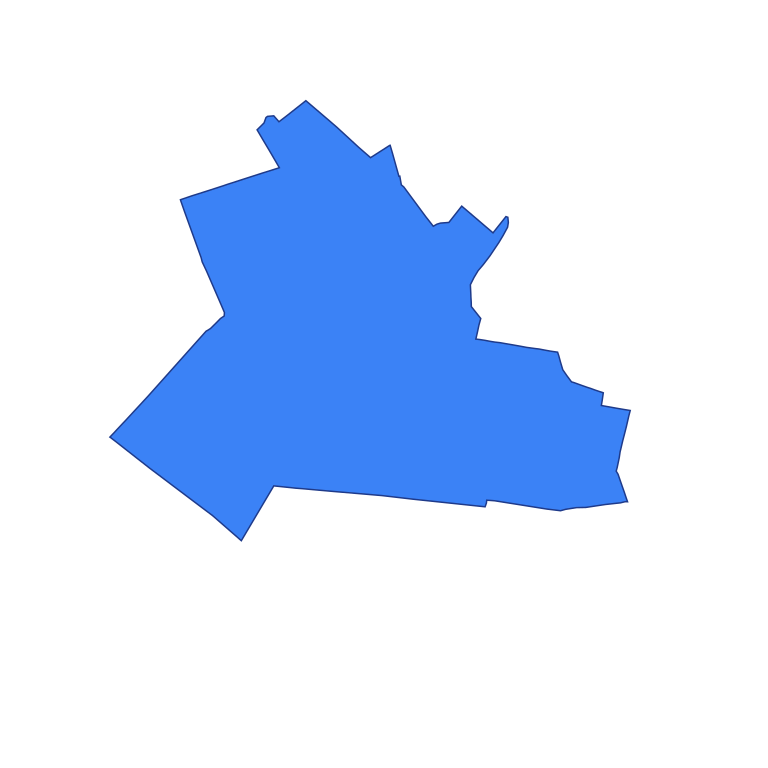 outline of Iratosu, Arad, Romania, rotated 121°
{"feature_id": "2599482B18379406714424", "entity_name": "Iratosu", "entity_type": "district", "adm_level": 2, "iso_a3": "ROU", "parent_name": "Romania", "parent_adm1": "Arad", "projection": "equal_earth", "projection_center": [21.188, 46.294], "detail": "fine", "context": "isolated", "style": "filled", "palette": "blue", "viewbox_px": 768, "rotation_deg": 121, "n_neighbors": 0, "source": "geoboundaries", "source_scale": "gbopen_adm2", "svg_char_len": 2139}
<svg xmlns="http://www.w3.org/2000/svg" viewBox="0 0 768 768"><g transform="rotate(121 384 384)"><path d="M570.7,591.6L571.4,585.2L575.0,556.4L576.9,541.1L583.5,478.5L585.1,463.2L591.8,425.6L528.1,426.0L520.6,410.0L518.8,406.1L515.8,400.1L502.4,372.5L483.5,334.0L480.7,328.3L467.8,299.8L445.3,251.5L437.2,234.1L433.3,234.9L430.7,236.1L428.9,232.6L427.1,229.0L416.4,202.5L407.5,180.4L401.7,167.4L397.9,163.8L390.8,155.3L385.9,147.5L373.2,132.1L366.2,122.9L364.1,120.1L360.7,116.7L359.5,114.6L357.0,117.6L352.9,122.4L348.1,128.2L344.5,132.5L340.8,136.9L339.1,140.1L335.5,141.1L326.0,144.4L320.5,146.7L318.2,147.4L309.8,150.1L302.0,152.4L295.4,154.4L290.2,156.1L285.0,157.8L279.9,159.3L282.8,166.6L285.3,173.0L287.8,179.6L290.5,186.6L285.7,188.5L278.6,191.5L280.4,199.6L281.4,204.8L282.1,207.7L283.3,213.5L285.0,222.1L285.6,224.4L282.6,231.7L279.7,238.1L274.5,243.8L269.9,248.6L267.3,251.6L270.0,258.0L272.2,263.8L274.1,269.0L275.8,272.8L279.2,280.7L281.3,286.4L281.8,287.7L284.6,295.0L286.8,300.6L288.8,305.8L291.0,310.6L292.6,314.6L294.6,320.0L296.6,324.9L298.2,328.4L291.5,330.6L284.5,333.0L278.0,334.8L277.8,335.4L275.2,342.3L272.7,349.0L270.8,350.2L269.5,351.0L264.7,354.3L262.2,355.9L254.4,361.1L246.4,361.7L238.3,361.7L230.5,360.4L219.6,359.2L211.6,358.8L203.7,358.4L195.4,358.4L186.0,358.8L181.5,360.6L177.3,363.7L177.7,365.7L198.3,368.4L191.5,409.0L212.1,411.6L217.0,418.5L219.8,421.0L223.4,423.0L219.1,434.3L204.9,468.5L204.4,471.7L197.7,477.5L198.3,478.2L182.1,495.3L176.2,501.7L176.5,502.0L196.9,512.1L194.2,527.4L188.3,556.1L186.7,565.2L181.4,596.9L205.2,605.9L213.3,609.1L210.9,616.6L214.6,621.7L216.4,622.4L222.0,621.3L231.5,623.7L237.0,613.6L243.0,602.4L252.5,585.1L253.0,585.5L265.5,596.6L279.7,609.0L293.8,621.3L296.9,623.9L308.4,633.9L318.5,642.8L321.3,645.3L330.3,652.9L330.9,653.4L331.8,652.4L338.7,644.1L369.9,605.8L373.0,602.7L378.6,594.3L400.7,563.4L404.9,557.6L408.0,556.0L412.1,557.9L417.2,559.1L425.8,561.3L428.8,562.8L430.3,563.7L516.0,580.0L516.5,580.1L521.3,581.1L550.0,587.1L551.7,587.5L561.0,589.5L565.4,590.4L566.6,590.7L569.8,591.4L570.7,591.6Z" fill="#3b82f6" stroke="#1e3a8a" stroke-width="1.5"/></g></svg>